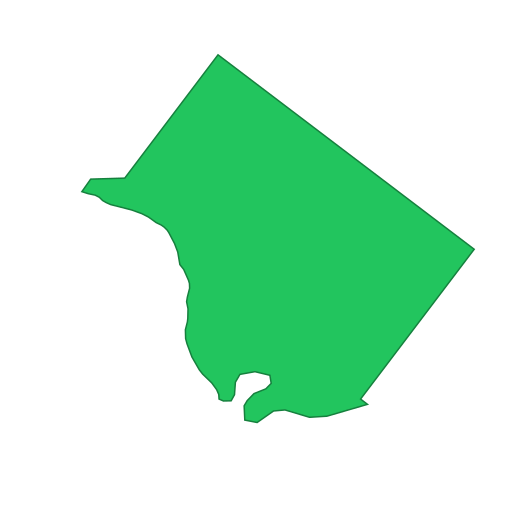 Gallatin, Illinois, United States of America (Equal Earth projection), rotated 127°
{"feature_id": "52423323B61374287211", "entity_name": "Gallatin", "entity_type": "district", "adm_level": 2, "iso_a3": "USA", "parent_name": "United States of America", "parent_adm1": "Illinois", "projection": "equal_earth", "projection_center": [-88.116, 37.745], "detail": "fine", "context": "isolated", "style": "filled", "palette": "green", "viewbox_px": 512, "rotation_deg": 127, "n_neighbors": 0, "source": "geoboundaries", "source_scale": "gbopen_adm2", "svg_char_len": 923}
<svg xmlns="http://www.w3.org/2000/svg" viewBox="0 0 512 512"><g transform="rotate(127 256 256)"><path d="M118.2,407.4L272.8,407.7L294.1,434.3L309.4,433.8L307.2,427.5L304.2,421.1L303.4,416.5L304.0,411.9L303.5,407.8L302.4,403.0L294.1,383.1L290.9,372.7L289.6,365.3L289.4,355.8L288.3,350.3L288.2,346.9L288.8,342.5L289.8,339.7L295.0,328.7L299.9,320.9L308.7,311.6L310.2,305.7L316.0,295.3L318.0,292.6L321.7,289.6L330.1,286.1L334.3,283.9L339.1,278.5L346.9,272.9L350.0,271.1L357.4,268.0L364.3,262.5L367.6,258.3L375.2,246.4L381.0,232.8L382.4,227.6L384.0,214.9L386.4,207.0L389.0,202.4L392.5,199.4L391.4,194.8L386.6,188.7L379.7,189.7L369.2,196.5L360.2,197.6L349.0,187.2L342.9,173.1L348.6,167.2L356.2,168.2L367.1,174.8L376.8,176.0L382.8,175.3L393.8,166.2L388.3,154.9L369.2,148.7L361.5,140.2L352.6,116.2L341.3,103.0L307.4,77.7L307.3,86.4L119.3,85.8L119.3,86.5L118.2,407.4Z" fill="#22c55e" stroke="#15803d" stroke-width="1.5"/></g></svg>